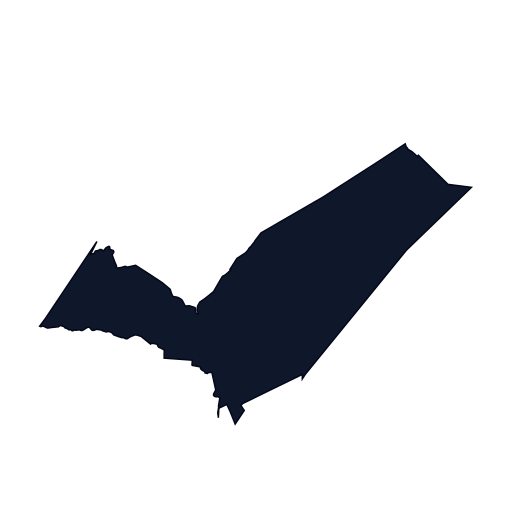 San Pablo Huitzo, Oaxaca, Mexico (Equal Earth projection), rotated 32°
{"feature_id": "50627088B10333117144156", "entity_name": "San Pablo Huitzo", "entity_type": "district", "adm_level": 2, "iso_a3": "MEX", "parent_name": "Mexico", "parent_adm1": "Oaxaca", "projection": "equal_earth", "projection_center": [-96.911, 17.316], "detail": "fine", "context": "isolated", "style": "filled", "palette": "ink", "viewbox_px": 512, "rotation_deg": 32, "n_neighbors": 0, "source": "geoboundaries", "source_scale": "gbopen_adm2", "svg_char_len": 4828}
<svg xmlns="http://www.w3.org/2000/svg" viewBox="0 0 512 512"><g transform="rotate(32 256 256)"><path d="M113.4,328.0L110.5,420.7L109.7,430.2L110.9,430.0L111.7,429.2L112.2,428.5L113.1,428.1L114.0,428.1L114.8,427.9L115.8,427.9L116.8,427.7L117.6,427.5L118.2,426.9L119.1,426.3L119.6,425.7L126.0,420.7L126.2,420.2L126.6,418.9L127.3,418.5L130.2,417.7L131.0,417.8L132.2,418.2L133.8,417.7L135.3,417.7L136.3,417.8L137.5,417.0L138.5,416.6L139.3,416.9L140.3,416.5L140.7,416.0L141.2,415.0L141.7,414.7L142.8,414.3L143.8,413.4L145.4,412.2L146.9,411.9L147.9,411.5L149.1,409.7L150.0,407.5L150.7,406.3L151.2,405.4L152.5,404.7L155.8,405.8L156.9,405.7L158.0,404.8L158.8,403.8L159.9,402.5L160.8,402.1L161.9,401.8L163.3,400.9L165.8,400.7L169.4,399.7L170.2,398.7L171.7,397.9L173.6,397.5L175.2,397.6L177.0,398.3L179.5,397.8L181.9,397.3L184.3,396.7L185.6,396.3L186.9,395.5L188.7,395.3L189.4,395.2L190.8,394.3L191.7,392.0L193.4,389.4L195.5,386.8L197.5,386.0L201.2,385.1L213.3,386.6L213.7,385.4L216.6,384.0L218.3,383.5L219.3,383.4L220.3,384.2L220.5,384.4L221.8,385.0L223.8,384.6L226.2,384.4L228.2,384.5L229.9,387.6L231.3,389.8L232.2,391.3L257.2,378.1L259.5,382.4L260.2,382.2L260.3,382.4L260.5,382.3L266.2,380.1L267.5,379.5L268.0,379.9L268.1,380.3L268.3,380.5L269.0,381.0L269.3,381.0L269.5,381.1L270.2,381.3L270.8,381.4L271.1,381.4L271.3,381.4L271.7,381.4L272.4,381.3L272.9,381.2L273.2,381.2L273.3,381.2L273.7,381.3L274.3,381.7L274.7,382.1L274.8,382.2L275.0,382.1L275.3,382.0L275.5,381.9L275.9,381.8L276.0,381.8L276.6,381.5L277.0,381.4L277.1,380.5L280.2,378.0L292.9,391.0L292.9,391.5L293.0,392.7L293.0,394.0L293.2,395.4L293.6,396.5L294.5,396.9L295.4,397.0L296.5,396.6L297.4,396.2L298.2,395.5L298.6,395.4L299.2,395.4L300.5,395.5L302.2,399.5L303.6,403.0L304.6,404.2L304.8,404.8L304.9,405.0L305.7,407.0L305.8,407.3L305.9,407.5L306.0,407.8L306.1,408.1L306.3,408.5L306.6,409.0L306.7,409.3L306.9,409.5L307.1,409.8L307.3,410.0L307.5,410.3L309.4,412.6L309.8,413.1L305.6,405.6L305.5,404.9L305.5,403.6L305.9,403.5L306.7,402.4L309.9,397.3L315.7,401.1L319.8,404.0L327.4,409.6L327.9,393.2L322.5,390.8L322.9,388.2L339.8,361.0L358.0,331.9L360.4,335.7L360.5,330.2L380.5,171.3L402.3,83.6L384.1,92.0L380.9,93.5L340.3,84.5L340.2,86.1L333.4,84.9L328.4,84.9L327.1,84.2L325.5,83.8L323.1,81.8L310.8,108.6L304.3,122.4L295.8,140.4L289.7,153.3L281.3,171.1L277.9,177.4L275.0,182.9L274.7,183.5L274.4,184.0L268.2,195.7L258.4,214.1L252.4,225.5L248.0,233.7L247.1,243.3L247.1,244.2L247.2,245.6L246.9,247.0L246.6,250.4L246.0,252.8L245.9,253.5L246.0,254.0L246.0,255.8L245.6,257.7L245.4,258.9L241.1,268.1L241.0,281.0L241.4,280.9L241.7,280.6L241.8,280.6L241.8,281.9L241.5,283.0L240.7,285.9L240.0,288.0L239.5,289.1L238.3,291.1L238.7,304.0L238.8,305.9L238.8,308.8L236.7,315.1L236.1,316.7L235.3,319.0L234.3,321.4L232.7,324.9L232.8,326.4L232.9,327.0L232.9,327.3L232.9,328.0L232.9,328.6L233.0,329.1L233.2,329.8L233.7,331.1L234.0,331.5L234.4,332.0L234.7,332.5L235.0,333.1L236.4,334.4L237.0,335.0L237.3,335.2L237.7,335.5L236.9,336.0L236.6,336.2L236.4,336.2L236.2,336.3L235.9,336.3L235.8,336.2L235.5,336.2L235.3,336.1L235.2,336.0L235.0,335.8L234.8,335.5L234.6,335.3L234.3,335.0L233.4,333.8L233.0,333.2L232.8,333.0L232.6,332.8L232.4,332.6L232.3,332.4L232.1,332.3L231.9,332.2L231.7,332.2L231.4,332.1L231.0,332.2L230.3,332.4L230.1,332.4L229.7,332.5L228.2,332.9L226.3,333.4L225.7,333.6L225.2,333.9L224.0,334.9L223.8,335.0L223.2,335.4L222.8,335.6L222.6,335.7L221.9,335.6L218.7,333.7L217.6,333.0L216.6,332.6L216.4,332.5L215.5,332.4L214.9,332.3L212.9,332.4L212.4,332.4L211.8,332.5L211.4,332.7L211.0,332.7L210.9,332.8L210.4,332.9L209.9,333.1L208.9,333.6L208.2,333.8L208.2,334.0L207.7,334.1L206.8,334.3L204.4,332.7L200.8,329.7L190.7,328.3L174.5,327.9L158.8,327.7L153.6,332.8L152.7,333.6L152.4,333.7L151.4,333.8L151.0,333.9L150.7,334.0L150.2,334.4L149.9,334.8L148.6,336.2L148.2,336.8L147.8,337.1L145.4,339.2L145.1,339.5L144.9,339.6L144.6,339.7L144.4,339.7L144.1,339.6L143.9,339.4L143.6,339.2L143.1,338.6L142.9,338.3L142.5,338.0L139.6,336.0L139.2,335.7L134.0,331.7L133.7,331.4L133.6,331.2L133.5,330.9L133.4,330.5L133.4,330.0L133.4,329.4L133.5,328.9L133.4,328.4L133.2,327.9L133.0,327.6L132.7,327.3L132.3,327.1L131.9,327.0L131.5,327.1L129.3,327.6L129.0,327.6L128.8,327.6L128.5,327.5L128.3,327.3L128.0,327.0L127.3,326.1L127.1,325.9L126.8,325.7L126.6,325.7L126.3,325.7L126.1,325.8L125.9,326.0L125.7,326.3L124.6,328.2L124.4,328.6L124.3,329.0L124.3,329.5L124.2,330.0L124.2,330.5L124.0,331.6L123.9,331.9L123.8,332.1L123.7,332.3L123.5,332.5L123.2,332.6L122.9,332.6L122.4,332.5L121.9,332.4L121.5,332.5L121.1,332.6L120.8,332.8L120.4,333.0L120.1,333.5L119.8,333.8L119.4,334.7L119.3,335.0L119.1,335.2L118.7,335.5L117.7,336.3L117.4,336.6L117.2,336.9L117.2,337.3L117.2,337.7L117.3,338.7L117.3,339.1L117.4,339.5L114.8,342.2L114.3,337.3L114.2,336.1L113.4,328.0Z" fill="#0f172a" stroke="#020617" stroke-width="1.5"/></g></svg>